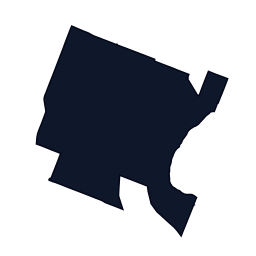 Claremont, Western Australia, Australia (Mercator projection), rotated 291°
{"feature_id": "25037944B95117000304737", "entity_name": "Claremont", "entity_type": "district", "adm_level": 2, "iso_a3": "AUS", "parent_name": "Australia", "parent_adm1": "Western Australia", "projection": "mercator", "projection_center": [115.779, -31.981], "detail": "fine", "context": "isolated", "style": "filled", "palette": "ink", "viewbox_px": 256, "rotation_deg": 291, "n_neighbors": 0, "source": "geoboundaries", "source_scale": "gbopen_adm2", "svg_char_len": 3813}
<svg xmlns="http://www.w3.org/2000/svg" viewBox="0 0 256 256"><g transform="rotate(291 128 128)"><path d="M174.3,202.6L182.6,202.6L183.3,202.5L183.6,203.2L184.3,203.2L189.2,203.2L190.6,203.2L191.3,203.3L191.9,203.3L199.8,203.4L200.4,203.4L201.1,203.4L209.7,203.4L209.7,199.2L209.6,190.9L209.6,189.2L209.7,182.8L201.1,182.7L200.4,182.7L192.0,182.7L191.2,182.7L187.2,182.8L185.8,182.8L184.1,182.5L183.0,181.7L194.4,167.1L195.2,165.9L195.2,166.0L195.3,166.1L195.5,166.2L195.9,166.2L196.0,166.2L196.3,166.1L196.5,165.9L196.6,165.6L199.8,165.6L199.8,163.7L199.8,151.8L199.9,151.0L199.9,150.5L199.9,137.3L199.9,136.4L199.9,132.4L199.9,132.0L199.9,128.7L201.7,128.3L201.7,123.7L201.7,123.1L201.7,110.7L201.7,106.9L201.7,103.9L201.7,102.5L201.7,98.8L201.6,88.3L201.9,88.2L202.0,88.1L202.2,87.9L202.2,87.7L202.2,87.4L202.0,87.2L201.9,87.1L201.6,87.0L201.7,82.8L201.7,82.3L201.7,76.1L201.7,73.8L201.7,73.4L201.7,62.6L202.4,57.6L202.5,56.7L202.5,52.7L202.7,45.8L203.0,38.9L198.2,38.8L188.6,38.8L184.0,38.8L181.1,38.9L178.9,38.9L170.1,38.9L162.8,38.9L152.9,38.9L151.1,38.9L143.1,38.8L130.9,38.8L129.3,38.7L127.7,38.8L125.9,39.0L124.4,39.5L123.0,40.3L119.2,42.5L115.8,44.5L114.3,45.3L112.6,45.6L111.1,45.6L110.6,45.6L102.3,45.7L100.3,45.7L95.3,45.6L94.2,45.6L90.3,45.7L87.1,46.3L86.2,46.5L84.8,46.9L81.2,48.0L80.3,48.2L80.4,53.4L80.3,60.9L80.2,63.8L80.2,74.2L72.4,74.3L69.1,74.3L56.4,74.2L54.8,74.2L54.0,74.2L53.6,74.0L53.5,73.8L53.3,73.6L53.1,73.4L52.8,73.1L52.3,72.9L51.9,72.8L51.6,72.7L51.4,72.8L51.1,72.9L51.0,73.1L51.0,73.9L51.0,75.2L51.0,77.1L51.1,78.2L51.1,78.6L51.2,79.0L51.2,80.4L51.2,84.8L51.1,93.3L51.1,97.6L51.1,100.0L51.1,113.7L51.0,121.5L51.0,124.2L51.0,129.6L50.3,133.4L50.3,146.4L50.2,152.3L54.9,148.5L59.9,144.5L61.2,143.5L64.3,142.4L66.7,141.6L74.0,139.3L80.9,137.1L80.9,150.9L80.8,164.8L80.8,167.0L76.0,169.6L67.8,175.3L66.7,176.0L65.7,176.7L63.9,179.4L62.2,182.0L60.1,185.3L58.5,189.7L57.3,192.6L55.4,197.5L55.0,198.4L52.0,206.5L50.8,208.9L49.8,210.7L48.3,213.1L46.3,216.3L49.6,216.3L59.4,216.5L79.2,216.8L79.8,217.3L79.9,216.8L81.6,216.8L82.8,216.8L87.7,216.9L87.9,216.1L88.0,215.8L88.5,213.9L88.5,213.6L88.6,213.3L88.6,212.9L88.7,212.3L88.7,212.0L88.7,211.7L88.7,211.3L88.4,210.3L87.8,208.7L87.7,208.5L87.5,208.1L87.1,207.1L86.6,205.3L86.6,204.8L86.5,204.1L86.5,203.6L86.6,203.2L86.6,202.9L86.8,201.8L86.8,201.6L86.9,201.3L87.0,201.0L87.1,200.5L87.3,200.1L87.4,199.8L87.6,199.5L87.7,199.1L87.9,198.5L87.9,198.2L87.8,197.0L87.8,196.6L87.8,196.2L88.7,192.9L88.8,192.5L88.8,192.2L88.9,191.9L89.0,191.2L89.1,190.9L89.5,189.9L89.7,189.6L90.0,189.3L90.7,188.2L91.0,187.8L91.4,187.4L91.6,187.2L93.2,185.8L93.6,185.6L94.9,185.2L95.4,185.0L95.9,184.7L96.3,184.6L96.6,184.4L98.0,183.7L99.1,183.2L99.4,183.0L99.7,182.8L100.0,182.7L100.3,182.7L100.7,182.6L101.0,182.5L101.7,182.4L102.4,182.3L104.4,181.5L106.6,180.8L107.9,180.7L108.2,180.7L108.8,180.7L109.1,180.6L109.5,180.7L109.8,180.6L110.2,180.6L110.5,180.6L110.8,180.6L112.6,180.2L113.0,180.1L113.3,180.0L115.6,179.7L116.0,179.7L116.6,179.8L117.1,179.8L118.0,179.9L118.3,179.8L119.1,179.8L119.5,179.9L119.9,179.8L120.8,179.8L121.8,180.0L122.3,180.0L122.9,180.0L124.6,180.5L124.9,180.6L125.3,180.7L126.5,181.1L126.7,181.3L127.3,181.6L127.5,181.7L127.8,181.9L128.3,182.3L128.9,182.5L129.3,182.5L129.6,182.5L130.2,182.4L130.5,182.3L130.9,182.3L131.2,182.3L131.5,182.4L131.8,182.5L132.9,183.0L133.2,183.1L133.5,183.1L133.9,183.1L135.9,183.1L137.0,183.3L138.7,183.8L140.5,184.3L140.9,184.4L141.0,184.4L141.3,184.5L141.5,184.6L141.8,184.6L142.4,184.8L142.7,184.9L146.4,185.1L147.8,185.7L149.9,186.8L151.1,187.7L152.3,188.6L153.0,189.1L153.9,190.2L154.0,190.3L155.5,191.5L157.0,192.4L161.4,194.1L164.3,195.3L167.1,196.3L170.7,198.5L172.3,199.1L172.8,199.5L173.8,201.2L173.9,201.4L174.2,202.2L174.3,202.6Z" fill="#0f172a" stroke="#020617" stroke-width="1.5"/></g></svg>